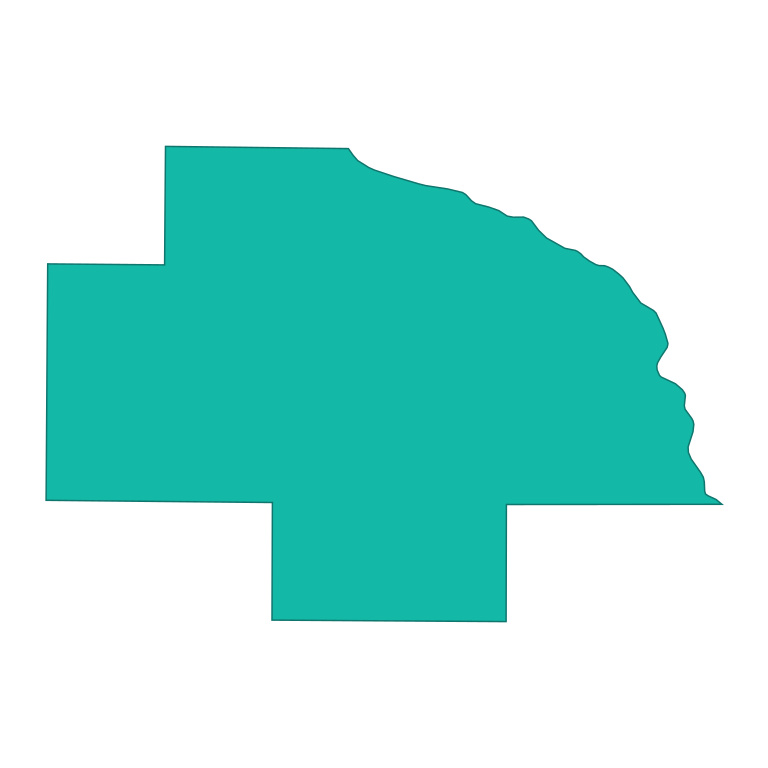 Wabasha, Minnesota, United States of America (Albers equal-area conic projection)
{"feature_id": "52423323B18779355101233", "entity_name": "Wabasha", "entity_type": "district", "adm_level": 2, "iso_a3": "USA", "parent_name": "United States of America", "parent_adm1": "Minnesota", "projection": "albers", "projection_center": [-92.029, 44.281], "detail": "fine", "context": "isolated", "style": "filled", "palette": "teal", "viewbox_px": 768, "rotation_deg": 0, "n_neighbors": 0, "source": "geoboundaries", "source_scale": "gbopen_adm2", "svg_char_len": 1138}
<svg xmlns="http://www.w3.org/2000/svg" viewBox="0 0 768 768"><path d="M506.1,621.6L506.4,504.5L721.9,504.3L716.1,499.5L708.3,495.9L705.5,494.0L704.7,491.1L704.3,481.8L703.3,477.2L700.5,472.3L691.2,459.1L688.4,452.5L688.1,447.0L693.0,431.7L693.8,424.4L693.1,421.1L691.8,418.5L685.1,409.3L684.3,405.8L685.4,395.5L684.7,393.2L682.4,389.8L675.5,383.8L661.3,377.1L659.5,375.4L657.1,369.9L656.8,365.8L657.6,362.7L660.6,357.3L667.1,347.5L667.8,344.6L667.9,343.2L665.3,334.1L662.9,327.9L656.1,313.1L653.5,310.5L640.8,303.0L632.7,292.4L629.6,286.7L623.0,277.9L619.1,274.3L612.6,269.2L608.0,266.9L604.5,265.7L599.2,265.6L596.0,264.7L589.5,261.1L583.5,256.8L582.5,255.6L580.9,253.9L577.6,251.5L575.3,250.4L564.8,248.3L546.5,238.0L538.6,230.3L531.5,220.8L528.7,219.0L523.7,217.1L513.3,217.2L507.2,216.1L502.3,212.9L498.8,210.6L488.9,207.1L475.6,203.7L471.5,200.8L465.9,194.7L462.5,192.5L447.9,189.0L425.7,185.6L418.1,183.7L393.7,176.5L374.5,170.1L368.7,167.5L357.7,160.6L353.0,155.2L348.4,148.6L165.5,146.4L164.6,264.9L47.7,263.9L46.1,500.3L155.8,501.4L272.4,502.5L272.0,620.1L506.1,621.6Z" fill="#14b8a6" stroke="#0f766e" stroke-width="1.5"/></svg>